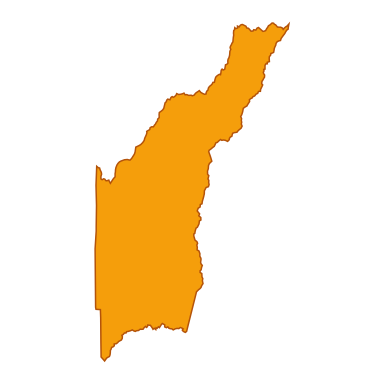 Nova Brasilândia D'Oeste, Rondônia, Brazil
{"feature_id": "56859067B60784939031691", "entity_name": "Nova Brasilândia D'Oeste", "entity_type": "district", "adm_level": 2, "iso_a3": "BRA", "parent_name": "Brazil", "parent_adm1": "Rondônia", "projection": "equal_earth", "projection_center": [-62.21, -11.628], "detail": "fine", "context": "isolated", "style": "filled", "palette": "amber", "viewbox_px": 384, "rotation_deg": 0, "n_neighbors": 0, "source": "geoboundaries", "source_scale": "gbopen_adm2", "svg_char_len": 4838}
<svg xmlns="http://www.w3.org/2000/svg" viewBox="0 0 384 384"><path d="M196.1,293.4L196.5,291.8L198.6,289.7L199.9,288.7L201.0,287.5L201.7,285.6L203.0,283.6L202.4,280.7L202.8,278.6L202.0,277.0L201.8,273.5L200.1,272.5L200.1,270.7L201.1,269.9L201.6,267.4L202.3,265.4L201.0,263.8L200.6,262.3L201.0,259.6L200.9,258.2L199.8,256.2L199.9,253.6L198.9,250.9L197.1,249.9L197.3,247.3L196.8,245.0L197.6,243.3L196.9,241.6L195.0,240.1L193.8,236.0L193.8,234.0L194.8,233.4L195.2,231.0L196.0,228.2L197.4,227.2L199.0,223.9L199.4,220.9L200.9,220.0L200.8,217.5L198.8,215.8L199.6,213.9L197.2,210.9L198.2,208.2L200.1,207.0L200.3,204.5L202.0,203.8L202.3,201.5L203.6,196.9L204.3,193.8L204.4,190.8L206.1,187.5L208.4,186.7L209.1,184.6L208.7,182.5L208.8,180.4L208.0,178.9L208.8,175.6L207.6,174.3L207.5,171.0L208.3,168.7L208.5,165.5L209.4,163.5L211.8,161.2L211.1,158.8L210.4,156.5L208.7,151.7L209.2,150.2L210.7,149.2L212.7,147.5L214.3,146.3L215.9,142.8L217.3,142.4L218.8,140.9L220.6,139.5L221.7,140.3L223.6,140.0L225.3,140.3L227.6,141.4L229.2,139.8L229.5,138.2L230.5,136.9L231.8,136.4L232.6,133.3L234.4,132.6L235.5,132.5L237.0,132.2L238.3,130.5L241.1,128.2L242.1,126.1L241.3,124.0L241.7,122.2L241.3,120.4L241.6,118.6L240.7,116.6L241.7,114.8L242.6,112.0L243.3,108.3L245.4,106.8L246.9,106.0L247.5,104.8L248.2,103.7L249.6,101.5L249.4,99.7L250.9,98.5L251.9,98.2L253.0,96.6L254.6,96.0L256.1,94.1L257.7,93.4L258.1,92.1L259.0,91.3L260.4,91.3L260.6,89.4L261.9,86.7L262.7,84.9L261.7,83.8L261.9,81.5L263.0,79.8L263.7,78.4L264.5,77.2L264.6,75.0L263.7,73.7L263.3,72.3L264.0,70.9L263.7,69.4L265.0,69.1L265.0,65.4L265.8,63.9L267.3,63.8L267.2,62.3L269.4,61.6L269.2,58.8L269.3,56.8L270.7,55.0L270.8,53.5L272.1,53.1L273.6,52.4L274.0,50.5L274.3,48.5L274.9,46.9L275.7,45.3L276.1,43.3L277.2,41.7L278.8,40.9L280.5,40.5L281.1,38.5L282.6,36.4L283.8,34.8L284.8,33.5L285.6,31.9L286.8,30.1L288.1,29.2L288.3,27.3L288.9,24.0L287.0,26.1L285.8,26.8L284.5,27.9L283.2,29.4L282.5,28.1L280.7,27.2L279.1,27.2L277.4,27.0L275.6,24.8L274.4,24.3L273.6,23.2L272.1,23.0L269.7,25.1L268.5,25.7L267.6,27.4L266.7,28.6L265.6,30.6L264.1,31.2L262.9,31.4L258.5,27.5L257.1,28.1L255.8,30.1L253.7,29.7L253.0,31.0L251.1,31.2L249.6,29.5L248.5,28.3L246.8,28.0L245.9,26.2L242.5,24.5L241.2,24.7L240.2,25.4L239.2,26.9L237.5,26.1L237.6,28.0L235.8,28.6L234.8,27.7L234.5,29.7L233.7,30.6L233.5,33.2L233.7,35.1L233.3,37.4L232.9,41.9L232.1,43.0L231.2,45.0L230.4,46.4L230.1,47.8L230.8,49.3L229.9,51.3L229.6,55.2L229.0,57.6L228.1,59.2L227.8,60.9L227.9,63.2L226.7,64.4L225.5,64.8L225.2,66.9L224.7,69.3L223.1,70.0L222.1,69.1L221.2,70.2L220.9,72.8L220.5,74.7L219.4,74.3L217.9,75.2L216.7,76.1L215.7,77.2L215.0,79.5L214.4,82.3L212.9,82.4L212.1,84.1L210.9,85.3L209.5,86.4L208.4,88.0L208.0,90.0L207.0,90.9L206.2,92.4L206.1,93.9L204.6,94.3L202.9,93.6L200.8,92.4L199.3,90.6L197.8,91.7L196.5,92.5L195.4,93.4L194.2,95.1L192.2,95.8L191.2,95.2L190.1,95.3L188.6,95.4L186.8,94.6L185.1,94.8L184.0,93.1L182.7,93.7L180.9,94.2L178.6,94.5L176.7,93.6L175.9,95.4L174.4,96.7L173.3,97.3L172.2,96.6L171.0,97.4L169.9,99.8L167.8,99.1L166.7,100.2L166.3,101.7L165.1,102.8L163.8,108.2L162.7,109.9L161.4,111.0L159.3,112.5L159.1,114.4L159.2,117.6L157.7,119.1L157.4,121.1L156.3,122.3L155.5,124.0L154.4,125.2L153.5,126.8L151.7,126.8L150.2,127.6L149.7,129.6L148.1,130.5L146.7,131.4L146.9,132.8L146.3,134.8L144.7,138.3L144.2,140.4L142.7,142.6L140.7,144.6L138.8,145.7L135.8,147.1L135.1,152.0L134.4,154.1L131.6,158.5L130.0,160.1L128.8,159.9L127.2,159.5L124.4,159.8L120.6,161.2L119.3,162.0L118.0,163.4L116.9,165.1L115.9,167.7L115.5,169.8L115.4,172.0L115.1,173.6L115.1,176.8L113.4,178.7L112.4,180.2L110.4,183.3L109.3,181.4L108.8,180.1L106.8,180.8L105.8,180.6L104.8,179.2L103.7,178.8L102.1,179.7L101.0,179.0L100.9,177.6L101.0,176.1L101.6,174.2L101.3,172.3L100.1,169.8L99.6,168.0L98.3,167.7L96.7,166.3L96.0,185.3L96.5,205.6L96.2,226.6L96.2,231.1L95.1,248.8L95.6,307.3L96.0,309.3L100.4,309.6L100.7,317.8L100.9,342.2L101.1,357.0L102.0,358.0L103.5,359.7L104.6,361.0L105.6,359.6L106.5,358.2L108.0,357.2L109.4,356.5L110.0,355.0L110.3,352.9L110.4,350.4L111.2,348.9L111.6,347.4L113.0,346.9L114.3,345.8L114.2,344.0L116.3,343.7L117.7,342.6L118.6,341.5L119.9,340.8L121.4,340.0L122.2,338.5L122.4,336.6L121.9,335.3L123.2,334.5L124.4,333.0L126.0,333.0L126.6,331.7L128.3,331.4L130.6,330.7L132.3,329.9L133.8,330.9L135.3,331.4L136.6,330.7L138.5,330.5L140.2,329.2L141.8,329.3L143.1,329.2L144.3,327.4L145.6,326.4L146.4,327.4L147.4,326.7L147.8,325.0L149.0,325.2L150.4,325.3L152.4,328.1L153.0,329.3L154.2,328.3L155.8,329.6L156.1,327.8L157.1,328.3L158.4,326.8L159.4,327.6L161.0,325.1L162.3,323.5L164.7,324.8L164.7,326.9L166.4,327.7L167.8,326.9L169.0,328.3L170.3,328.7L171.8,328.8L173.2,329.9L175.3,328.8L177.1,328.4L178.8,328.6L180.3,327.5L181.9,328.1L183.2,328.9L182.3,330.1L183.3,331.4L185.3,332.4L186.6,331.4L188.8,322.5L196.1,293.4Z" fill="#f59e0b" stroke="#b45309" stroke-width="1.5"/></svg>